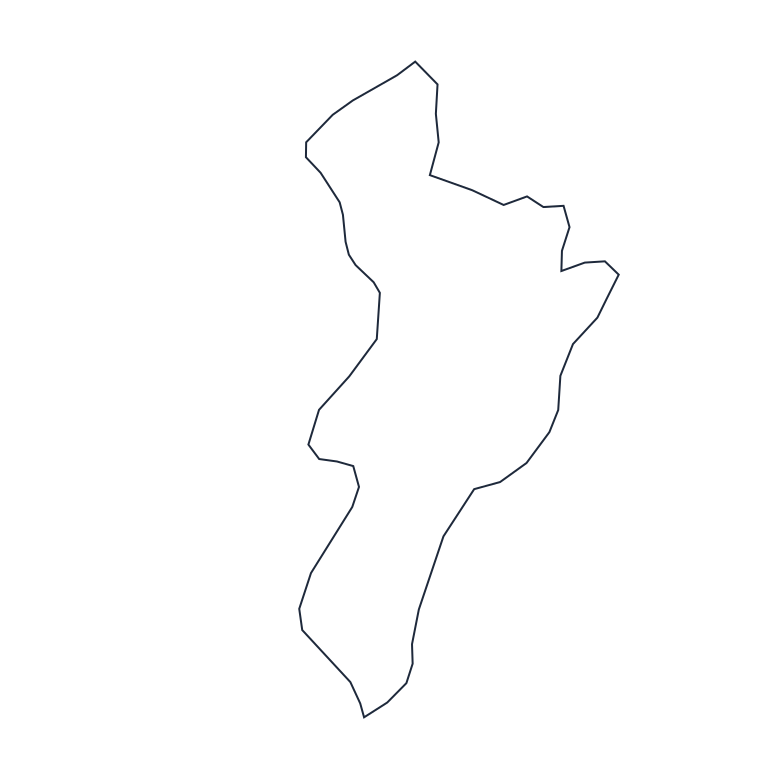 an SVG outline of Podujevo, rotated 224°
{"feature_id": "KOS-5901", "entity_name": "Podujevo", "entity_type": "District", "adm_level": 1, "iso_a3": "XKX", "parent_name": "Kosovo", "parent_adm1": "", "projection": "albers", "projection_center": [21.187, 42.93], "detail": "fine", "context": "isolated", "style": "outline", "palette": "slate", "viewbox_px": 768, "rotation_deg": 224, "n_neighbors": 0, "source": "natural_earth", "source_scale": "10m", "svg_char_len": 898}
<svg xmlns="http://www.w3.org/2000/svg" viewBox="0 0 768 768"><g transform="rotate(224 384 384)"><path d="M166.8,130.4L179.2,137.7L201.1,146.2L271.9,150.2L288.8,163.4L305.2,197.3L321.4,273.5L330.5,292.6L349.1,303.6L364.0,295.6L378.5,285.0L396.3,287.9L412.8,320.3L414.3,365.4L420.4,411.3L450.3,446.7L462.1,450.0L487.0,449.8L499.1,452.6L510.4,459.6L531.1,477.2L542.1,483.9L576.3,491.9L597.7,492.9L607.9,503.8L607.9,511.5L607.9,542.0L603.4,566.3L589.1,615.1L585.5,637.6L553.6,636.7L534.4,614.4L512.5,595.8L496.1,566.1L455.1,584.7L422.3,595.9L411.4,618.3L392.3,622.0L378.6,636.9L359.5,625.7L348.5,603.4L334.9,588.5L323.9,610.8L310.3,625.7L291.1,625.7L282.9,599.6L276.6,580.0L275.8,544.0L262.8,512.4L240.6,486.3L231.6,464.3L226.6,426.2L232.4,394.1L246.1,371.0L235.4,315.7L202.3,246.0L183.1,216.3L169.1,202.7L160.1,184.4L160.4,157.1L166.8,130.4Z" fill="none" stroke="#1e293b" stroke-width="2"/></g></svg>